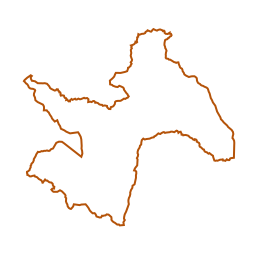 the district of Silvânia, Goiás, Brazil, rotated 355°
{"feature_id": "56859067B36002968340064", "entity_name": "Silvânia", "entity_type": "district", "adm_level": 2, "iso_a3": "BRA", "parent_name": "Brazil", "parent_adm1": "Goiás", "projection": "mercator", "projection_center": [-48.581, -16.605], "detail": "fine", "context": "isolated", "style": "outline", "palette": "amber", "viewbox_px": 256, "rotation_deg": 355, "n_neighbors": 0, "source": "geoboundaries", "source_scale": "gbopen_adm2", "svg_char_len": 5750}
<svg xmlns="http://www.w3.org/2000/svg" viewBox="0 0 256 256"><g transform="rotate(355 128 128)"><path d="M138.2,46.0L138.8,46.9L138.3,47.8L138.8,48.9L138.0,49.8L137.6,50.6L137.8,53.6L137.0,56.2L137.3,57.8L138.0,60.4L137.6,61.5L136.4,62.8L137.2,64.3L136.3,65.4L136.0,66.4L135.1,67.0L134.3,67.8L133.3,68.0L133.0,69.4L132.1,71.3L129.8,71.9L125.4,72.5L120.7,72.0L119.9,73.2L118.7,75.6L116.8,77.3L114.1,79.2L114.0,83.0L115.9,83.7L116.7,84.6L119.2,85.8L121.3,86.3L123.0,85.2L125.0,86.2L126.6,87.2L127.3,88.2L127.3,89.4L129.5,93.2L130.5,94.4L130.8,95.5L131.5,96.5L130.3,97.8L129.4,97.9L127.8,98.8L126.6,98.4L123.4,100.1L122.5,100.3L120.1,100.1L118.5,100.2L117.5,100.8L116.9,103.1L115.5,104.8L114.5,105.4L112.7,105.7L112.1,107.6L110.6,107.4L109.1,105.6L109.0,104.2L106.8,103.5L104.8,103.7L104.2,102.7L102.5,102.4L101.4,101.9L100.4,100.7L98.5,99.8L97.6,100.0L97.4,99.1L96.7,98.3L95.7,98.1L94.0,99.0L92.8,98.5L90.6,98.7L91.1,95.9L89.9,94.6L87.8,94.7L86.9,94.1L83.7,95.1L82.6,95.2L81.1,94.4L79.7,95.1L78.6,95.1L77.9,94.2L75.1,95.1L74.3,94.2L72.6,95.4L72.5,96.4L71.2,96.3L70.6,95.6L70.1,94.5L68.9,94.7L69.2,93.8L68.9,92.9L68.1,92.8L67.4,92.0L67.0,90.2L65.5,89.7L63.9,89.9L63.6,89.0L63.9,87.8L63.6,86.6L62.7,86.5L62.6,85.4L61.7,84.7L61.5,83.4L60.3,83.2L59.3,84.2L58.2,84.3L54.9,82.3L53.9,81.4L53.2,79.6L51.2,76.9L49.0,76.1L47.3,76.1L42.0,75.5L39.5,73.4L37.9,72.9L36.4,72.6L35.6,70.6L35.5,69.4L35.9,68.6L36.7,67.8L35.7,67.0L32.0,69.1L29.2,71.2L28.4,72.2L29.6,73.6L30.2,74.6L31.5,75.7L32.3,77.2L32.6,78.4L33.2,79.3L34.0,80.0L35.0,80.4L36.7,80.7L38.5,81.7L38.8,82.6L37.4,85.4L37.1,87.1L38.0,89.6L38.2,92.3L40.3,94.3L45.3,97.3L46.1,99.1L46.1,100.9L45.7,103.1L48.6,103.3L49.2,104.4L50.4,105.6L51.3,107.9L52.6,110.1L53.2,112.0L55.6,115.2L58.2,114.1L59.3,118.0L60.5,120.2L61.1,122.9L64.4,124.8L66.2,126.3L69.8,128.3L77.9,127.9L78.9,129.8L80.1,132.6L80.5,135.4L80.3,141.9L79.9,144.5L80.3,146.9L80.3,149.6L79.0,152.6L62.9,137.6L61.0,136.0L58.0,135.6L55.3,136.5L51.5,141.9L49.5,142.4L47.9,143.9L46.4,143.8L45.4,143.3L43.7,143.6L42.4,143.4L41.1,143.8L40.0,143.5L38.3,144.1L36.9,144.2L36.2,143.9L34.3,146.3L33.5,148.0L31.4,150.9L31.4,151.8L30.4,153.8L28.7,155.2L28.4,156.4L27.7,157.1L27.7,158.5L26.6,160.3L26.3,161.3L24.6,162.5L23.6,162.8L23.4,164.0L23.8,165.0L23.6,165.9L24.5,166.3L26.2,167.7L27.5,167.7L28.5,167.4L30.7,167.2L30.9,168.1L33.0,169.0L34.8,171.1L37.0,172.5L38.1,174.4L37.8,175.7L40.9,172.1L41.9,173.3L42.9,173.3L44.8,175.1L46.0,175.5L47.0,175.7L48.1,177.0L48.1,178.1L48.6,179.4L49.5,180.2L49.2,181.0L49.1,181.9L47.5,181.7L46.3,182.7L47.5,184.5L48.4,185.1L52.1,185.4L54.8,184.1L56.6,185.3L57.8,186.7L59.5,188.8L59.9,189.8L59.5,191.4L60.3,192.5L59.8,195.7L60.3,197.6L60.9,198.8L61.1,200.8L62.1,202.5L63.5,203.5L64.3,203.6L66.5,201.4L67.4,199.3L73.1,200.6L74.9,200.2L79.1,200.3L80.6,202.4L81.8,204.5L82.8,206.9L84.3,208.8L85.4,209.9L87.3,209.9L88.3,211.3L88.9,213.4L92.0,214.7L93.4,214.7L94.5,213.1L95.4,213.4L96.6,213.1L98.0,213.1L99.2,212.2L101.1,212.6L103.6,215.2L103.7,216.5L103.5,218.0L104.2,219.2L105.3,220.4L106.6,221.2L108.9,223.3L110.5,223.3L111.3,224.3L115.4,224.3L115.2,221.5L116.8,219.4L116.1,218.1L116.4,216.3L117.2,213.8L118.8,211.2L122.2,203.9L122.0,201.8L122.1,200.0L122.8,197.8L123.8,196.2L124.6,193.8L124.5,192.7L125.5,190.2L127.1,188.0L127.5,185.9L129.6,184.7L131.6,178.3L131.8,175.7L132.3,174.1L132.4,172.1L131.6,171.1L130.4,170.8L131.1,169.3L131.9,168.2L133.9,166.1L134.8,160.1L134.2,158.8L135.3,157.2L135.8,155.2L135.3,154.0L135.6,152.2L136.3,150.5L137.9,148.4L138.4,146.7L139.7,145.6L140.0,143.6L140.7,141.3L142.3,139.9L143.7,140.9L145.3,140.6L148.6,140.5L150.8,139.7L152.9,139.5L153.5,138.6L154.7,138.3L157.8,136.0L158.7,136.5L159.7,136.8L160.7,136.1L162.3,135.4L163.4,135.2L164.4,136.1L165.5,135.9L169.3,135.8L170.4,135.4L171.7,135.5L173.7,136.2L176.1,134.9L176.9,135.2L177.6,136.2L177.8,137.2L179.0,136.4L180.1,136.3L180.7,138.0L180.8,139.3L181.9,139.3L182.3,140.1L184.3,139.9L185.6,140.2L187.5,141.0L188.8,142.7L191.1,144.0L191.8,145.1L193.2,145.8L193.6,145.0L194.7,145.4L195.4,146.3L195.3,147.6L197.4,149.0L197.9,150.4L197.6,151.9L197.9,152.9L199.0,153.6L200.9,155.8L201.8,156.1L202.0,157.2L202.4,158.1L203.4,158.7L204.5,159.1L205.1,159.9L206.0,160.6L206.9,160.1L209.1,162.2L210.2,163.0L210.4,164.6L211.2,167.9L212.4,168.3L213.4,168.1L214.4,168.4L217.0,167.6L218.0,167.7L219.6,167.5L219.9,168.7L220.8,168.7L222.2,169.2L223.7,167.8L224.8,168.7L226.2,168.8L227.1,167.3L227.9,167.0L230.9,166.9L232.6,152.0L232.6,150.0L231.9,148.2L231.2,147.2L231.6,145.4L232.4,143.2L232.2,141.1L231.1,139.0L227.8,135.7L227.0,134.2L223.8,130.7L222.8,129.1L221.3,127.3L221.0,125.5L218.2,119.4L216.9,113.4L214.8,109.9L214.1,107.6L213.1,105.4L212.3,100.6L211.6,98.9L211.1,96.4L210.7,95.5L209.8,94.6L207.7,93.5L206.5,92.6L205.4,92.2L204.3,91.5L203.5,90.4L201.9,89.4L201.1,87.8L200.8,86.2L200.9,85.1L200.7,84.1L199.5,82.8L198.5,82.2L197.1,82.1L195.5,82.1L193.1,82.5L190.4,80.9L188.8,79.5L188.4,77.9L187.4,76.2L187.3,74.8L186.9,73.6L185.7,72.8L185.0,71.8L184.8,70.5L184.3,69.3L183.9,67.0L182.5,67.0L181.7,67.3L180.5,66.6L179.7,66.4L176.0,63.6L174.8,63.5L174.1,62.6L172.2,62.1L171.7,61.3L172.0,59.5L172.0,58.0L172.5,55.8L173.1,54.5L172.7,52.9L172.1,51.7L172.0,50.2L171.5,48.5L171.8,46.4L172.6,43.7L173.5,43.2L175.0,42.9L175.5,42.1L176.8,41.6L177.6,40.6L178.9,40.2L179.5,39.3L179.0,37.9L177.7,37.7L177.8,36.7L175.7,37.8L173.7,37.4L172.7,36.3L172.9,34.9L172.2,34.1L171.2,34.5L170.5,33.5L168.5,32.6L166.6,32.9L165.4,33.5L163.8,32.8L162.0,31.7L161.1,32.3L159.6,34.0L158.8,33.9L156.0,32.4L155.3,33.2L153.9,33.8L153.4,34.9L152.3,35.3L151.4,35.5L150.0,35.4L147.5,36.1L146.5,35.4L146.2,36.5L146.1,38.0L145.0,38.5L145.0,39.8L144.3,41.9L144.6,43.2L143.9,43.7L142.9,42.9L142.6,43.8L141.8,44.8L140.4,45.5L138.2,46.0Z" fill="none" stroke="#b45309" stroke-width="2"/></g></svg>